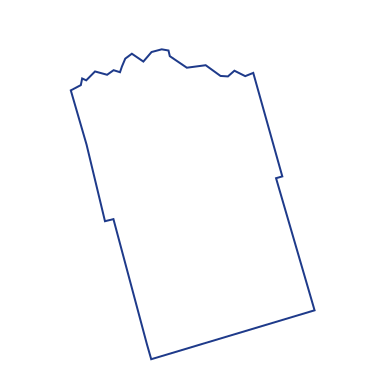 the district of Mineral, Colorado, United States of America, rotated 344°
{"feature_id": "52423323B56344339694103", "entity_name": "Mineral", "entity_type": "district", "adm_level": 2, "iso_a3": "USA", "parent_name": "United States of America", "parent_adm1": "Colorado", "projection": "albers", "projection_center": [-106.92, 37.684], "detail": "fine", "context": "isolated", "style": "outline", "palette": "blue", "viewbox_px": 384, "rotation_deg": 344, "n_neighbors": 0, "source": "geoboundaries", "source_scale": "gbopen_adm2", "svg_char_len": 551}
<svg xmlns="http://www.w3.org/2000/svg" viewBox="0 0 384 384"><g transform="rotate(344 192 192)"><path d="M277.2,335.4L276.6,201.9L283.1,201.9L283.6,114.1L283.7,94.4L275.1,95.3L266.2,87.1L258.4,90.8L251.4,88.3L240.1,73.9L221.3,71.1L208.1,55.3L208.4,49.5L202.2,46.5L191.7,46.3L181.2,53.2L172.3,42.5L164.6,45.4L159.2,52.1L155.8,57.0L150.2,53.3L142.7,55.9L132.0,49.4L121.1,55.5L117.7,52.6L114.6,58.6L103.5,60.9L103.7,117.4L100.3,196.1L109.0,196.4L106.7,325.8L106.7,341.5L277.2,339.5L277.2,335.4Z" fill="none" stroke="#1e3a8a" stroke-width="2"/></g></svg>